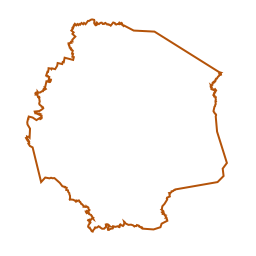 the district of Central Highlands (Tas.), Tasmania, Australia, rotated 184°
{"feature_id": "25037944B68362175930798", "entity_name": "Central Highlands (Tas.)", "entity_type": "district", "adm_level": 2, "iso_a3": "AUS", "parent_name": "Australia", "parent_adm1": "Tasmania", "projection": "mercator", "projection_center": [146.609, -42.197], "detail": "fine", "context": "isolated", "style": "outline", "palette": "amber", "viewbox_px": 256, "rotation_deg": 184, "n_neighbors": 0, "source": "geoboundaries", "source_scale": "gbopen_adm2", "svg_char_len": 5800}
<svg xmlns="http://www.w3.org/2000/svg" viewBox="0 0 256 256"><g transform="rotate(184 128 128)"><path d="M148.5,27.7L148.9,27.3L148.7,26.8L146.8,25.7L144.7,25.9L144.2,26.7L143.3,27.2L142.7,27.9L142.8,28.7L143.2,28.6L143.2,29.7L143.4,30.2L142.6,30.5L142.1,30.2L141.7,30.4L141.6,30.0L140.5,29.9L140.4,29.5L139.2,28.7L140.3,28.6L141.1,26.1L140.8,25.0L139.9,25.0L139.3,25.7L137.6,26.5L136.3,26.7L135.6,28.1L136.5,28.6L136.2,29.0L133.7,28.5L131.3,29.3L130.3,28.6L129.6,28.5L129.4,28.8L129.7,29.8L129.3,30.1L129.5,30.3L129.4,30.8L129.0,31.2L129.3,32.0L128.4,30.8L126.2,29.9L125.5,30.8L125.6,31.3L125.1,32.2L125.1,33.5L125.4,34.3L124.5,33.6L124.0,32.7L120.8,31.4L118.2,31.8L116.0,31.2L114.8,30.2L114.0,30.8L113.0,30.7L112.5,31.1L112.3,31.8L110.5,31.4L110.0,31.1L110.1,30.6L109.7,30.2L107.3,30.0L106.7,29.3L107.1,28.9L106.5,28.6L95.4,28.6L88.7,31.3L87.8,34.9L82.3,38.2L82.7,39.6L83.1,39.9L83.1,40.3L83.5,40.9L83.2,40.7L83.2,41.0L83.7,41.6L83.9,41.5L83.8,41.8L85.0,43.3L84.6,43.6L85.5,43.9L85.6,44.5L86.4,45.2L86.3,45.4L86.5,45.7L86.8,45.7L86.9,45.3L86.5,45.2L86.9,45.1L86.6,44.8L87.4,44.7L87.4,45.2L87.2,45.3L87.6,45.7L87.4,45.7L87.5,46.0L87.1,45.9L87.3,46.5L86.8,46.2L86.6,46.5L87.0,47.6L88.8,48.9L88.6,49.0L88.3,52.3L86.2,55.0L83.9,59.4L84.0,60.1L84.3,60.3L84.0,61.0L84.1,61.3L81.5,62.6L82.0,64.3L81.7,64.8L82.4,66.0L82.0,66.1L81.7,65.7L80.1,67.2L80.1,67.9L78.4,68.4L78.0,69.1L76.7,69.6L76.6,70.0L34.9,80.3L29.3,86.8L30.7,94.1L26.9,100.0L38.9,130.6L41.3,145.7L41.0,147.1L41.3,147.8L42.5,148.6L42.9,149.6L43.4,149.9L43.9,150.8L43.2,155.4L42.7,155.9L42.6,157.2L42.2,157.9L42.6,160.7L42.3,160.8L42.6,161.2L42.3,162.2L42.7,163.4L42.5,164.8L44.2,165.3L44.4,165.8L44.1,166.4L45.1,166.9L44.5,167.8L44.7,168.5L44.5,169.0L43.6,169.4L43.8,170.5L43.2,170.7L42.7,171.6L43.8,172.8L44.2,172.3L45.0,172.5L45.6,171.9L46.2,172.5L47.1,172.4L47.5,172.6L47.4,173.3L48.1,174.2L47.9,174.6L48.1,174.9L47.5,174.9L48.2,176.4L47.9,176.2L46.9,176.8L47.0,177.3L46.4,178.5L46.8,178.6L46.8,178.9L46.0,179.8L45.5,179.6L45.4,180.1L44.9,180.0L44.8,180.4L44.2,180.7L43.9,181.9L44.2,181.9L43.9,182.8L43.4,183.5L42.7,183.6L41.8,185.5L41.0,186.1L40.6,187.3L40.3,187.1L38.9,187.7L39.2,188.9L40.2,188.5L40.8,189.0L40.5,189.4L39.8,189.4L39.3,189.7L41.0,190.1L108.3,226.0L129.1,225.6L139.2,230.0L139.6,230.0L139.7,229.6L140.4,230.1L140.4,230.4L141.3,230.9L141.2,231.8L141.7,232.3L141.9,232.1L141.7,231.5L142.0,231.1L143.0,231.9L143.0,231.3L143.8,230.9L144.5,231.2L144.6,231.5L144.9,231.0L146.0,231.0L146.9,230.4L147.8,230.6L148.5,231.8L150.1,232.2L152.4,228.9L153.3,229.5L154.7,229.6L154.2,229.8L154.5,230.1L156.0,229.8L156.5,230.5L157.6,230.8L157.9,231.2L158.3,231.0L158.7,230.4L159.1,230.6L159.7,230.1L160.4,230.0L161.5,231.2L162.2,231.2L163.0,230.8L164.3,229.6L165.3,230.0L166.5,231.1L166.9,230.5L166.2,229.7L166.1,229.2L166.6,228.5L167.3,228.2L167.9,228.6L169.0,230.1L169.1,231.1L168.9,232.3L169.3,233.5L171.2,233.8L172.2,233.6L174.4,232.1L175.4,232.0L177.6,228.6L179.2,229.7L180.0,228.4L181.7,229.5L183.0,227.7L183.9,228.3L184.7,227.2L185.8,228.1L186.8,226.8L188.3,228.2L189.2,226.8L188.7,226.4L190.2,224.5L189.7,224.2L190.3,223.4L190.0,223.1L191.3,221.3L188.9,219.6L190.0,218.0L186.9,215.5L189.7,212.2L189.4,210.4L190.7,210.3L191.4,209.2L191.0,208.9L193.3,208.3L193.2,207.8L192.7,207.9L192.5,207.1L192.9,207.0L192.7,206.4L192.4,206.5L191.7,204.0L191.1,204.1L190.4,203.6L190.5,202.5L189.7,202.3L189.8,201.9L188.5,201.3L189.0,198.2L188.0,198.0L188.5,195.2L187.0,194.9L187.5,192.1L196.1,193.7L196.7,189.1L197.7,189.3L198.1,187.2L202.7,187.9L203.0,185.1L204.8,181.6L208.0,182.2L208.5,181.3L209.0,181.9L211.4,182.1L211.4,180.4L211.7,178.4L212.3,178.5L213.3,174.6L211.9,174.4L212.0,173.8L210.1,173.4L210.4,171.2L209.2,171.0L209.9,170.4L208.3,170.2L208.4,169.6L208.9,168.6L209.6,168.8L209.7,168.4L212.6,168.9L213.5,163.0L214.0,162.9L213.3,161.8L214.0,161.5L213.5,161.1L213.0,161.5L212.7,161.2L214.0,160.3L214.3,160.6L215.1,160.4L215.4,158.8L216.5,158.6L218.1,157.3L220.1,157.1L220.7,157.8L220.5,156.1L221.3,156.1L222.2,156.9L222.7,156.5L222.8,156.0L222.4,155.6L222.5,154.9L221.0,155.0L220.1,153.1L219.2,153.0L219.5,152.4L218.8,152.2L219.1,151.8L218.5,151.0L218.2,149.2L217.9,148.6L218.3,146.3L217.9,145.2L215.5,143.5L215.5,143.1L214.2,142.7L213.9,141.7L215.7,140.1L217.7,138.7L222.2,137.9L221.5,136.2L220.3,136.4L218.3,135.9L217.6,136.3L217.1,136.1L218.9,135.6L215.1,134.2L215.4,132.6L214.8,132.5L214.9,131.6L216.1,130.8L216.7,131.8L219.9,129.5L223.9,131.8L227.8,132.5L228.0,130.4L228.3,130.5L228.9,126.7L228.5,124.5L225.7,120.5L225.5,111.6L226.5,112.5L227.5,112.0L228.1,112.3L228.0,111.6L228.9,112.1L228.4,111.5L229.1,111.0L227.5,108.7L226.7,109.2L225.8,107.7L226.4,107.4L225.5,106.1L226.3,105.5L224.6,103.2L221.8,102.0L210.9,68.0L207.1,72.8L202.8,72.3L201.3,73.0L199.8,72.6L197.9,72.9L192.2,68.5L189.4,65.3L186.8,64.9L186.9,64.4L185.0,64.1L185.3,61.9L183.5,61.6L183.2,60.1L182.0,58.9L181.9,57.9L181.1,56.3L180.9,53.9L181.2,52.7L181.0,52.4L180.2,52.7L177.6,52.6L175.8,51.8L174.8,50.9L174.4,51.4L174.6,51.8L174.5,52.0L173.7,51.5L172.7,52.2L171.8,52.3L171.1,50.9L170.5,50.9L170.1,50.4L169.5,49.1L168.5,48.8L168.0,48.1L167.1,47.6L166.9,46.5L166.4,46.8L166.1,46.4L164.6,46.3L164.4,46.9L164.1,46.5L163.1,46.6L162.0,45.9L162.0,45.2L161.8,44.7L161.2,43.8L160.7,43.5L160.8,43.0L161.9,42.1L163.2,42.5L163.6,41.7L164.3,41.7L164.2,41.4L163.2,40.1L161.6,40.8L160.9,40.4L160.8,39.4L158.7,38.7L158.2,37.7L157.7,37.5L157.1,36.2L156.6,36.0L156.8,35.8L156.2,34.7L157.3,35.4L158.0,35.1L158.7,33.7L159.9,33.2L160.2,33.7L160.6,33.3L161.2,33.5L161.4,33.1L159.2,31.8L159.3,31.4L158.9,31.0L159.1,30.7L159.8,30.9L160.0,29.2L160.7,28.3L160.9,26.7L160.0,25.9L159.2,25.9L159.2,25.2L158.4,24.7L157.0,22.5L156.0,22.2L155.5,23.7L154.0,25.6L154.1,26.4L153.4,26.6L152.6,26.4L151.7,26.7L150.5,27.9L149.4,27.3L148.5,27.7Z" fill="none" stroke="#b45309" stroke-width="2"/></g></svg>